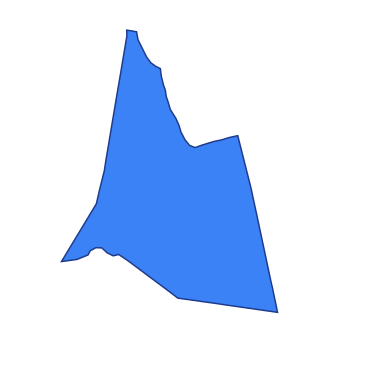 Barra de Guabiraba, Pernambuco, Brazil, rotated 296°
{"feature_id": "56859067B85963395664365", "entity_name": "Barra de Guabiraba", "entity_type": "district", "adm_level": 2, "iso_a3": "BRA", "parent_name": "Brazil", "parent_adm1": "Pernambuco", "projection": "robinson", "projection_center": [-35.622, -8.422], "detail": "fine", "context": "isolated", "style": "filled", "palette": "blue", "viewbox_px": 384, "rotation_deg": 296, "n_neighbors": 0, "source": "geoboundaries", "source_scale": "gbopen_adm2", "svg_char_len": 849}
<svg xmlns="http://www.w3.org/2000/svg" viewBox="0 0 384 384"><g transform="rotate(296 192 192)"><path d="M262.7,208.4L257.3,201.6L251.7,195.6L246.9,189.4L238.6,180.5L233.3,175.3L232.8,169.4L235.9,162.8L241.1,155.7L246.1,151.2L251.2,145.1L256.7,136.3L262.3,131.2L266.5,127.0L271.7,123.5L275.6,119.5L282.8,113.5L289.0,109.5L289.1,103.9L290.1,98.3L293.5,91.9L305.2,76.7L311.7,71.9L308.9,62.4L303.6,65.1L259.2,78.2L252.2,80.2L183.2,100.6L172.6,103.9L154.1,107.8L139.5,111.2L72.3,105.2L76.6,111.7L81.1,118.3L89.8,126.1L94.6,126.3L99.8,130.0L102.2,135.4L100.1,142.6L100.1,149.1L103.7,153.6L102.2,164.3L97.6,188.5L93.1,212.4L90.4,225.8L92.6,232.6L102.4,262.6L105.6,272.9L119.4,315.6L121.3,321.6L128.8,315.9L136.7,309.7L141.2,306.3L145.0,303.1L200.9,259.4L208.0,253.8L221.4,243.3L262.7,208.4Z" fill="#3b82f6" stroke="#1e3a8a" stroke-width="1.5"/></g></svg>